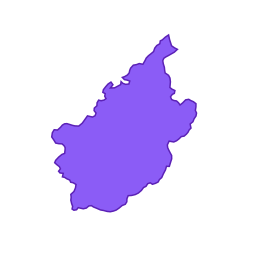 Itumirim, Minas Gerais, Brazil, rotated 38°
{"feature_id": "56859067B44194563776168", "entity_name": "Itumirim", "entity_type": "district", "adm_level": 2, "iso_a3": "BRA", "parent_name": "Brazil", "parent_adm1": "Minas Gerais", "projection": "natural_earth1", "projection_center": [-44.831, -21.28], "detail": "fine", "context": "isolated", "style": "filled", "palette": "violet", "viewbox_px": 256, "rotation_deg": 38, "n_neighbors": 0, "source": "geoboundaries", "source_scale": "gbopen_adm2", "svg_char_len": 2429}
<svg xmlns="http://www.w3.org/2000/svg" viewBox="0 0 256 256"><g transform="rotate(38 128 128)"><path d="M102.7,29.7L101.5,33.3L100.8,37.4L99.8,39.5L101.2,42.0L99.9,45.3L99.9,48.6L101.1,52.0L100.4,55.3L99.6,58.5L99.3,61.7L99.9,64.4L100.5,68.6L97.2,70.3L95.6,72.9L93.5,75.2L93.2,79.2L93.9,81.6L95.0,83.8L94.9,86.6L93.7,89.6L92.4,91.6L95.4,92.1L97.6,90.9L100.5,89.9L101.6,92.8L99.2,95.1L96.4,96.0L94.0,95.7L95.5,98.3L94.3,101.0L92.7,104.6L89.5,107.3L89.5,103.2L86.3,102.3L85.2,105.6L85.0,109.3L85.0,112.9L86.2,115.4L88.9,115.0L90.1,117.3L92.6,118.4L91.9,120.8L90.0,123.1L87.7,124.1L88.1,127.2L89.8,129.6L89.2,133.1L90.6,135.2L93.6,135.9L94.5,138.6L93.3,141.2L88.6,143.4L88.8,147.7L89.0,152.3L88.0,156.8L84.9,159.0L82.6,160.1L79.9,161.1L77.1,162.2L75.4,163.8L74.5,166.1L74.4,168.9L73.7,173.0L70.9,174.8L71.3,178.3L73.4,182.0L77.4,183.3L80.3,184.4L83.1,183.0L85.8,181.1L88.5,181.3L90.6,182.2L92.0,184.2L93.7,187.0L92.2,189.5L91.3,193.5L90.9,198.0L91.6,200.5L94.3,200.7L97.7,200.7L99.9,201.8L99.9,204.8L102.1,205.3L104.9,203.6L106.4,206.9L108.5,205.9L111.0,205.7L114.1,204.9L116.2,206.0L118.5,204.9L121.8,204.5L123.5,207.6L124.5,211.3L123.8,215.5L125.8,217.5L127.4,220.1L130.3,222.4L132.6,223.8L133.8,226.3L136.0,226.1L137.8,224.1L137.8,221.4L140.0,220.4L142.5,219.2L144.5,216.7L145.1,213.6L147.0,211.7L149.4,211.5L152.9,210.5L156.8,209.5L159.6,208.0L162.9,206.6L165.6,204.9L167.6,202.5L169.2,200.0L170.3,196.5L171.1,192.7L172.8,189.8L172.5,186.9L170.7,184.4L169.8,181.2L172.3,179.0L174.7,176.0L176.2,172.9L177.0,169.0L176.9,165.3L178.1,162.9L177.8,159.7L179.3,157.5L181.9,157.3L183.7,154.7L185.0,152.0L184.5,149.3L185.1,146.3L184.1,142.4L183.3,137.9L181.9,134.5L184.2,132.8L182.8,129.2L181.4,125.4L179.3,122.8L176.3,121.5L173.7,120.3L171.4,119.1L169.4,117.1L168.5,113.0L170.5,112.0L172.7,110.8L174.1,108.2L174.9,105.1L175.3,101.9L177.2,99.9L177.8,96.9L177.9,94.4L177.4,92.0L177.7,89.3L174.5,86.6L175.3,83.1L174.4,80.0L174.2,76.7L172.8,74.0L170.3,72.7L168.5,69.5L166.6,67.0L163.3,67.0L160.7,67.7L158.2,68.0L156.1,70.3L155.6,74.7L154.8,77.8L152.2,77.0L149.6,76.8L147.2,78.1L144.9,78.7L142.3,77.3L142.2,74.3L143.2,72.2L141.9,69.6L138.8,70.3L136.1,70.3L134.8,68.3L133.0,65.5L130.3,62.8L127.5,61.5L123.4,61.8L121.4,60.0L119.3,57.8L116.3,55.7L114.0,53.6L113.3,51.1L114.0,48.8L115.3,45.9L116.6,42.7L117.8,39.8L118.5,35.6L115.3,36.2L111.7,36.4L109.2,34.7L106.4,32.8L102.7,29.7Z" fill="#8b5cf6" stroke="#5b21b6" stroke-width="1.5"/></g></svg>